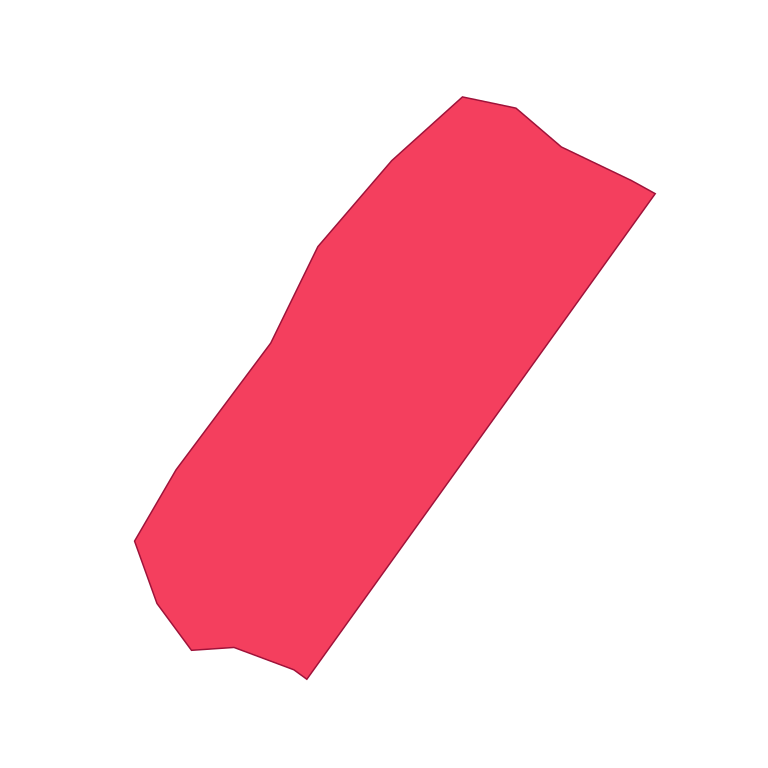 map outline of Dundee (Mercator projection), rotated 314°
{"feature_id": "GBR-2020", "entity_name": "Dundee", "entity_type": "Unitary District (city)", "adm_level": 1, "iso_a3": "GBR", "parent_name": "United Kingdom", "parent_adm1": "", "projection": "mercator", "projection_center": [-2.949, 56.485], "detail": "fine", "context": "isolated", "style": "filled", "palette": "rose", "viewbox_px": 768, "rotation_deg": 314, "n_neighbors": 0, "source": "natural_earth", "source_scale": "10m", "svg_char_len": 359}
<svg xmlns="http://www.w3.org/2000/svg" viewBox="0 0 768 768"><g transform="rotate(314 384 384)"><path d="M709.3,446.9L118.0,533.6L115.8,517.7L90.3,459.1L58.7,430.5L68.4,373.2L97.7,313.7L177.9,294.0L334.8,274.1L436.9,241.0L550.1,234.4L645.0,241.0L674.1,287.3L677.7,346.9L702.3,420.9L709.3,446.9Z" fill="#f43f5e" stroke="#9f1239" stroke-width="1.5"/></g></svg>